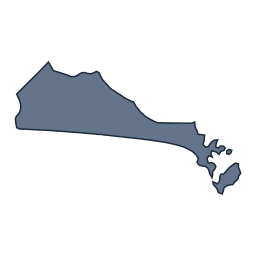 Arraial do Cabo, Rio de Janeiro, Brazil
{"feature_id": "56859067B77221127039248", "entity_name": "Arraial do Cabo", "entity_type": "district", "adm_level": 2, "iso_a3": "BRA", "parent_name": "Brazil", "parent_adm1": "Rio de Janeiro", "projection": "natural_earth1", "projection_center": [-42.098, -22.939], "detail": "fine", "context": "isolated", "style": "filled", "palette": "slate", "viewbox_px": 256, "rotation_deg": 0, "n_neighbors": 0, "source": "geoboundaries", "source_scale": "gbopen_adm2", "svg_char_len": 2483}
<svg xmlns="http://www.w3.org/2000/svg" viewBox="0 0 256 256"><path d="M16.7,127.6L19.6,129.0L22.4,129.1L25.4,129.1L28.5,129.4L30.9,129.5L33.2,129.6L36.6,129.8L40.4,130.0L43.5,130.0L46.8,130.3L49.4,130.4L51.7,130.6L54.1,130.7L56.5,131.0L58.8,131.1L61.0,131.2L63.5,131.5L65.9,131.6L69.2,131.9L72.2,132.2L75.7,132.4L79.3,132.6L82.6,132.9L85.0,133.2L87.5,133.4L90.6,133.6L93.8,133.9L97.4,134.3L101.3,134.5L105.4,135.1L108.3,135.3L111.1,135.7L114.4,136.0L117.3,136.4L119.9,136.6L122.5,136.7L125.1,137.3L128.8,137.6L131.8,137.8L134.7,138.2L137.9,138.6L140.7,138.8L142.9,139.2L145.6,139.6L148.3,139.8L151.5,140.2L154.7,140.8L157.0,141.1L159.5,141.5L162.4,141.9L166.4,142.6L169.4,143.2L172.4,143.9L175.8,144.7L178.5,145.4L181.4,146.2L183.5,147.0L185.5,147.8L187.8,148.9L190.1,150.1L192.0,151.2L194.1,152.9L196.4,155.2L198.3,158.8L197.0,162.3L199.3,165.3L202.6,166.1L205.6,166.5L207.5,167.9L208.8,170.1L209.7,173.7L212.0,177.7L212.7,174.1L212.6,171.6L214.6,169.4L215.9,166.5L214.3,163.8L211.9,162.7L208.3,163.0L207.0,158.5L208.9,155.7L212.3,157.1L211.0,153.9L211.6,150.9L214.5,151.4L216.6,152.2L219.1,154.4L220.7,151.6L224.0,150.3L225.3,148.1L223.6,146.2L220.4,146.0L218.2,148.0L215.7,147.0L216.3,142.9L217.7,139.9L214.2,140.2L211.5,142.1L209.9,143.9L208.3,146.7L205.0,147.0L203.0,144.2L204.0,141.6L204.2,138.8L204.7,135.1L201.7,134.7L198.0,134.3L197.1,131.0L195.9,129.0L195.0,125.9L194.7,122.0L192.2,123.2L178.9,123.1L163.2,122.9L158.0,122.8L155.6,122.0L152.1,120.3L146.3,117.1L140.5,112.0L136.0,106.4L133.4,101.7L131.3,101.3L129.2,100.2L126.2,98.8L124.1,97.5L121.6,95.7L119.3,94.2L117.0,92.9L114.8,91.1L112.1,89.7L109.5,87.5L107.3,84.8L104.8,82.2L103.0,80.3L101.6,78.1L100.3,75.4L99.0,72.6L96.6,71.4L94.2,72.5L91.2,73.8L88.1,73.6L86.0,72.9L83.6,72.5L81.1,73.0L78.2,74.8L75.7,76.2L73.7,76.6L70.8,76.6L67.9,75.2L53.4,70.6L48.5,62.0L39.8,71.0L16.6,94.1L18.3,97.8L19.8,100.8L20.8,105.1L20.5,109.4L19.5,112.5L18.0,114.5L16.2,116.5L15.4,119.1L15.8,122.8L16.7,127.6ZM234.4,182.3L236.3,180.7L237.9,178.7L238.8,175.8L240.6,173.5L239.8,170.3L238.5,167.6L238.4,163.8L235.2,163.1L233.1,164.7L230.8,166.4L228.8,168.1L226.8,170.4L223.8,173.9L220.8,174.2L219.7,176.8L219.7,179.6L219.1,182.1L217.0,183.9L215.2,182.7L212.9,181.7L213.2,184.2L214.9,186.2L216.9,188.5L218.4,192.5L222.2,194.0L223.5,190.5L224.0,187.7L226.8,185.8L229.9,184.8L232.7,184.7L234.4,182.3ZM230.8,153.1L231.8,150.3L228.6,149.5L226.8,150.8L226.8,153.7L228.8,154.4L230.8,153.1Z" fill="#64748b" stroke="#1e293b" stroke-width="1.5"/></svg>